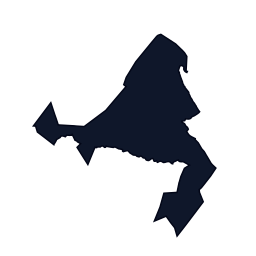 San Agustín Chayuco, Oaxaca, Mexico, rotated 190°
{"feature_id": "50627088B20812688869072", "entity_name": "San Agustín Chayuco", "entity_type": "district", "adm_level": 2, "iso_a3": "MEX", "parent_name": "Mexico", "parent_adm1": "Oaxaca", "projection": "orthographic", "projection_center": [-97.81, 16.455], "detail": "fine", "context": "isolated", "style": "filled", "palette": "ink", "viewbox_px": 256, "rotation_deg": 190, "n_neighbors": 0, "source": "geoboundaries", "source_scale": "gbopen_adm2", "svg_char_len": 3422}
<svg xmlns="http://www.w3.org/2000/svg" viewBox="0 0 256 256"><g transform="rotate(190 128 128)"><path d="M56.3,125.6L59.6,128.0L59.9,128.2L59.9,129.2L63.9,130.4L65.7,131.1L67.2,132.1L68.2,133.2L69.7,134.6L69.1,135.7L68.4,137.3L69.6,139.0L71.4,140.0L73.1,142.1L75.9,143.1L76.1,143.3L76.3,143.8L76.3,144.0L73.4,145.1L72.9,147.0L69.6,147.4L68.0,148.3L66.9,150.4L66.4,150.5L66.2,150.7L64.7,151.7L61.9,154.3L60.7,155.7L60.3,156.5L61.6,157.6L63.8,160.1L64.5,160.9L64.6,161.3L66.5,163.2L66.6,163.6L68.4,165.1L68.8,165.5L69.9,167.1L70.1,167.4L70.2,167.5L70.9,168.1L72.0,169.4L72.8,170.8L73.9,172.1L74.4,173.7L74.7,174.0L78.4,177.3L79.1,177.9L79.1,178.3L79.3,178.6L79.7,178.6L80.3,179.3L80.5,179.7L81.0,180.4L82.1,181.7L82.2,182.5L84.4,186.2L85.0,187.2L86.2,189.5L87.1,190.9L87.1,191.8L87.4,192.0L87.7,192.0L88.2,193.0L88.3,194.0L87.9,196.8L87.8,197.8L87.3,198.3L85.5,199.0L83.5,197.7L83.3,195.5L83.1,195.3L82.7,194.6L81.8,193.7L80.6,193.1L79.7,192.9L79.4,194.0L79.9,194.0L80.8,194.4L80.8,194.9L81.2,198.3L82.5,208.7L85.4,211.9L87.1,213.2L88.6,214.3L89.4,214.8L90.6,215.6L95.2,218.7L95.6,219.0L111.9,225.9L114.4,224.6L115.6,223.3L119.4,216.7L131.8,194.6L138.5,177.6L139.7,169.9L137.1,168.5L152.9,141.5L171.4,121.8L179.4,120.9L181.0,120.8L195.5,119.1L197.3,119.0L200.7,125.3L202.4,128.3L208.4,139.5L211.4,133.5L221.5,113.6L219.3,113.8L216.5,108.3L215.9,108.0L215.3,107.7L207.6,103.7L198.1,98.7L198.0,99.6L197.5,100.5L196.7,102.7L196.3,104.3L193.2,106.9L192.6,108.4L190.7,108.9L188.2,108.5L187.1,110.3L184.7,110.6L182.5,111.0L182.4,111.6L181.9,112.1L180.2,109.8L178.0,106.7L176.2,106.4L175.7,105.8L174.9,105.4L173.6,105.0L171.9,104.3L174.8,100.1L161.2,85.1L157.2,103.4L156.0,103.1L155.3,103.4L155.3,103.9L155.1,104.0L152.5,104.5L152.2,104.4L151.9,104.7L151.1,105.5L150.9,105.6L150.3,105.8L149.8,105.9L148.9,105.6L148.4,105.3L147.9,104.9L147.4,104.9L147.1,105.0L146.9,105.1L146.5,105.7L146.3,106.5L145.4,106.2L142.3,106.2L139.3,106.3L138.7,106.4L138.0,107.0L137.7,107.2L133.6,105.9L130.3,105.9L129.6,105.6L129.3,105.0L129.4,104.6L129.2,104.3L129.2,104.2L128.5,103.9L126.9,104.7L125.0,105.5L124.3,105.5L124.0,105.6L123.8,105.5L121.8,103.8L119.5,102.9L119.0,102.6L117.9,102.3L115.7,102.6L114.3,101.7L113.4,101.6L112.2,101.5L111.7,101.7L110.8,102.7L110.4,102.7L109.3,102.2L109.1,102.1L108.2,101.5L108.0,101.3L107.6,101.3L107.3,101.2L106.4,101.4L106.1,101.3L105.0,100.2L104.5,99.7L103.5,99.5L102.3,99.5L101.8,99.7L101.6,99.8L101.4,100.1L100.8,100.5L100.7,100.7L100.1,101.4L99.5,101.8L98.8,102.2L98.3,102.2L98.1,102.2L97.7,101.8L96.8,100.1L96.3,99.8L95.3,100.0L94.5,100.7L94.1,100.8L93.6,99.9L93.2,99.3L92.9,99.3L90.7,101.0L90.0,100.9L89.0,100.9L87.5,100.3L87.1,100.2L86.0,100.5L85.7,100.6L83.9,101.5L83.4,101.7L82.8,101.8L82.1,102.0L81.6,102.1L81.1,102.1L80.9,101.9L80.7,101.7L80.3,101.4L79.4,101.0L78.9,100.6L77.8,100.5L77.8,101.0L77.7,101.3L77.8,101.4L77.5,101.7L77.2,102.3L77.1,102.5L76.9,102.7L76.2,103.1L75.0,103.9L74.4,104.5L73.9,104.7L72.9,105.2L72.5,104.6L71.6,104.0L70.1,104.0L68.7,104.2L68.0,104.5L61.0,102.1L65.4,98.1L67.5,89.4L68.1,83.5L68.2,83.3L68.5,73.1L81.3,70.0L82.7,55.8L85.9,40.9L75.1,47.8L69.5,42.2L64.7,37.9L60.9,30.1L54.5,42.2L50.8,49.4L41.1,68.4L46.5,77.1L47.2,79.8L46.1,80.9L45.0,82.6L38.3,95.1L34.5,103.8L38.5,106.4L40.0,107.6L40.2,107.8L41.9,109.8L42.5,110.5L42.9,111.0L43.0,111.1L44.7,113.1L46.3,114.9L48.0,117.0L49.0,118.1L51.8,120.3L56.3,125.6Z" fill="#0f172a" stroke="#020617" stroke-width="1.5"/></g></svg>